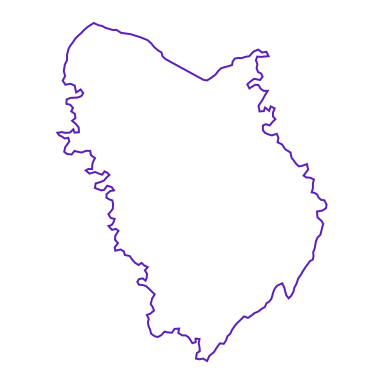 Coronel Bicaco, Rio Grande do Sul, Brazil (orthographic projection)
{"feature_id": "56859067B35030756743824", "entity_name": "Coronel Bicaco", "entity_type": "district", "adm_level": 2, "iso_a3": "BRA", "parent_name": "Brazil", "parent_adm1": "Rio Grande do Sul", "projection": "orthographic", "projection_center": [-53.654, -27.806], "detail": "fine", "context": "isolated", "style": "outline", "palette": "violet", "viewbox_px": 384, "rotation_deg": 0, "n_neighbors": 0, "source": "geoboundaries", "source_scale": "gbopen_adm2", "svg_char_len": 3854}
<svg xmlns="http://www.w3.org/2000/svg" viewBox="0 0 384 384"><path d="M93.7,23.0L87.2,27.2L83.9,30.2L81.3,33.0L78.0,35.9L75.2,38.8L72.3,43.1L70.3,45.7L68.6,48.7L67.1,54.5L67.0,60.2L64.8,64.7L63.8,71.1L65.1,76.1L62.7,80.6L65.4,84.7L70.6,83.8L74.8,85.7L75.3,88.8L76.3,92.4L80.6,89.5L83.2,93.1L81.4,96.1L77.6,97.5L74.1,97.7L70.5,97.9L66.6,99.5L66.4,103.8L70.3,104.8L73.0,108.0L71.2,111.3L74.8,113.8L75.4,118.1L72.1,120.8L75.7,123.8L78.7,127.5L78.9,132.2L74.6,132.7L73.3,129.3L70.1,132.5L65.6,132.9L61.7,132.1L57.4,132.8L59.2,135.3L62.0,136.6L64.7,138.5L68.3,137.8L69.3,141.5L65.2,147.2L64.2,151.8L67.1,154.0L71.6,154.5L74.5,150.9L77.8,151.8L81.6,152.5L86.3,150.8L90.2,150.9L90.9,155.2L95.0,158.1L93.1,161.7L92.2,165.0L92.1,169.1L88.4,169.0L85.7,170.4L89.5,173.6L95.2,172.0L98.9,173.6L102.2,174.7L104.5,171.4L107.2,172.7L109.4,175.0L106.3,177.7L104.2,180.4L100.7,182.0L95.7,183.4L94.9,188.0L98.1,189.2L101.3,190.4L104.1,189.9L107.2,185.7L111.7,187.1L114.0,190.4L110.4,191.0L106.6,194.1L106.4,197.7L109.5,199.5L112.3,200.4L113.1,204.1L112.8,208.8L110.7,211.5L108.4,214.3L110.8,218.0L114.6,218.9L113.5,222.3L111.7,225.0L108.5,226.0L112.1,229.9L115.8,228.8L118.5,230.9L115.3,235.7L115.0,239.7L118.0,243.2L114.7,247.3L115.3,250.7L120.6,249.5L123.8,251.4L124.9,255.0L129.6,256.0L132.4,259.8L134.8,262.6L138.5,265.0L141.6,262.9L144.2,265.4L147.7,267.1L144.9,270.4L147.0,273.8L146.7,277.7L145.5,280.7L142.7,278.4L139.0,279.1L137.3,281.8L138.9,284.7L142.7,285.0L146.1,286.1L149.1,288.9L152.5,292.2L154.7,294.3L152.1,298.6L150.7,304.0L152.9,307.4L154.0,310.6L150.4,313.6L146.9,315.0L148.8,318.9L147.9,322.1L148.5,326.0L149.9,329.2L151.2,333.8L154.8,336.3L157.9,337.0L161.4,335.1L164.5,331.6L167.5,332.4L172.0,332.7L174.5,328.9L179.1,328.6L178.3,332.9L182.3,335.4L185.7,335.4L188.4,337.2L190.3,339.8L192.4,343.2L195.6,342.2L195.6,338.6L199.5,339.0L198.7,343.3L199.5,347.3L199.8,351.1L196.8,353.2L196.0,358.6L199.3,359.3L203.1,358.6L207.1,361.0L209.3,355.9L214.0,352.0L217.3,346.8L219.8,343.4L223.8,343.8L226.0,340.4L227.4,336.3L230.2,333.8L232.0,329.9L235.8,324.5L239.9,320.5L244.0,316.4L248.0,317.9L251.9,315.2L254.5,313.1L258.5,311.4L262.0,308.6L264.9,307.0L266.4,303.4L268.9,301.8L271.3,299.0L272.4,295.4L273.4,291.8L274.9,288.4L277.3,285.6L282.2,283.3L284.3,287.7L286.2,295.1L288.6,298.3L291.2,295.8L293.6,291.3L294.2,287.9L296.4,284.0L298.3,278.3L301.0,274.5L302.9,271.2L305.3,267.4L307.6,264.4L309.8,261.2L312.8,259.6L313.5,256.3L313.2,252.2L314.6,248.6L315.3,245.1L315.9,241.3L317.5,237.6L320.3,234.9L321.7,229.6L323.2,223.8L321.6,221.0L317.5,217.4L317.0,211.5L322.2,210.6L325.9,208.3L326.6,204.7L324.4,200.3L321.3,199.9L318.7,197.8L317.2,194.5L314.6,192.9L311.7,192.4L312.9,188.3L312.9,183.5L313.9,179.5L310.2,177.7L306.2,177.4L303.6,175.6L308.1,169.7L307.0,164.1L302.2,165.8L298.8,166.3L296.1,163.8L293.7,160.4L291.5,157.7L290.5,152.5L285.3,149.3L281.9,144.3L277.6,142.3L278.4,137.7L276.8,133.8L271.9,135.4L268.7,134.5L265.1,132.9L262.9,130.3L262.9,125.5L265.7,124.2L269.7,125.4L272.9,121.6L275.4,119.2L273.0,116.4L272.9,112.7L274.7,108.4L270.7,106.4L269.1,110.9L265.1,107.5L263.8,111.1L259.6,111.4L258.5,105.9L260.4,103.0L262.6,99.7L265.1,95.0L267.7,90.8L263.7,90.9L260.7,88.8L258.4,85.0L255.0,84.8L252.3,86.6L249.4,88.4L247.3,84.3L250.3,81.6L254.1,78.8L260.0,80.0L262.6,76.8L261.2,73.6L258.0,72.0L256.6,68.2L257.4,64.1L255.9,60.3L257.2,56.6L260.7,56.9L263.7,56.6L268.6,56.2L266.4,51.8L262.1,52.5L258.2,49.6L253.5,51.6L249.3,56.2L245.2,56.9L241.4,58.2L237.6,58.0L234.7,58.7L232.7,61.4L232.1,65.0L228.3,66.2L224.3,67.3L221.2,68.2L218.5,70.7L215.7,74.4L211.5,77.6L207.2,80.4L203.6,79.9L165.5,59.1L162.6,56.4L161.4,52.4L157.9,50.3L154.1,47.0L151.1,43.2L147.5,40.1L141.8,37.8L137.8,36.4L133.9,35.2L130.2,34.1L125.6,33.5L121.0,32.8L116.3,29.8L113.3,30.1L109.7,29.1L105.4,27.8L102.3,26.0L98.4,25.2L93.7,23.0Z" fill="none" stroke="#5b21b6" stroke-width="2"/></svg>